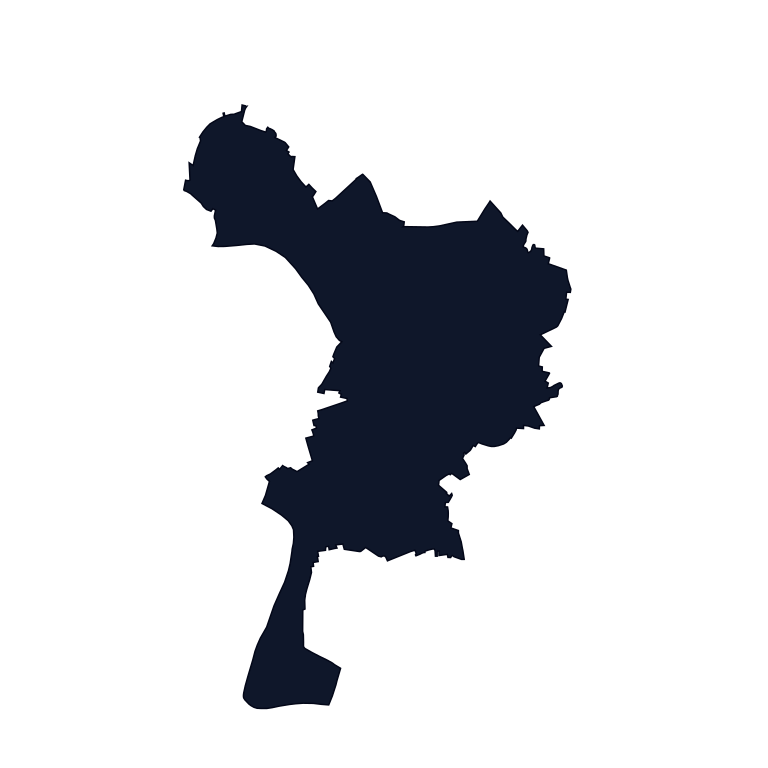 Gia Lam, Ha Noi, Vietnam, rotated 348°
{"feature_id": "81297802B60728672974675", "entity_name": "Gia Lam", "entity_type": "district", "adm_level": 2, "iso_a3": "VNM", "parent_name": "Vietnam", "parent_adm1": "Ha Noi", "projection": "albers", "projection_center": [105.948, 21.024], "detail": "fine", "context": "isolated", "style": "filled", "palette": "ink", "viewbox_px": 768, "rotation_deg": 348, "n_neighbors": 0, "source": "geoboundaries", "source_scale": "gbopen_adm2", "svg_char_len": 6150}
<svg xmlns="http://www.w3.org/2000/svg" viewBox="0 0 768 768"><g transform="rotate(348 384 384)"><path d="M244.7,213.1L250.3,215.0L256.8,216.3L269.2,217.9L278.8,218.9L286.5,220.1L296.3,224.3L306.1,231.8L313.8,239.7L321.5,252.9L325.8,262.6L330.5,271.7L334.1,281.3L336.4,292.0L344.7,312.5L346.0,322.9L347.1,327.9L349.4,332.0L351.5,333.9L345.5,338.0L341.0,344.5L339.7,346.7L341.0,348.8L338.4,352.8L337.2,351.0L334.5,355.6L335.0,356.5L335.3,357.6L333.0,360.7L329.1,364.6L323.5,370.9L322.7,371.6L319.6,373.7L319.0,374.2L317.5,378.2L323.3,380.8L324.9,377.1L339.5,381.4L338.0,383.4L340.1,385.2L338.8,387.8L344.8,390.5L344.6,392.9L337.8,393.8L317.4,396.2L313.6,396.5L313.6,397.5L313.5,399.4L313.1,401.5L313.2,404.3L309.1,404.4L306.8,404.6L306.9,410.1L308.7,410.6L308.8,413.1L303.9,413.9L304.3,415.9L304.5,418.7L304.4,420.3L296.3,420.7L296.8,428.8L298.0,444.2L292.9,445.0L294.0,446.9L281.4,451.4L280.6,451.5L278.3,449.6L277.1,448.7L276.0,447.6L275.3,446.5L271.8,446.7L271.5,445.8L268.8,443.7L267.9,442.7L264.1,445.8L263.1,444.1L260.4,445.5L254.1,448.4L250.1,449.3L248.6,450.1L249.7,452.6L251.7,455.5L244.9,468.3L239.8,475.5L248.4,482.6L256.4,490.8L261.9,497.8L264.4,503.5L265.2,507.7L264.0,515.1L262.2,521.1L259.8,526.5L259.1,528.8L254.9,540.0L251.7,546.8L245.6,557.2L238.0,567.4L230.3,578.1L218.7,597.4L210.2,606.9L205.8,613.0L202.3,618.6L198.3,626.6L190.2,641.5L185.6,650.3L182.6,656.9L181.8,659.2L181.5,660.8L181.5,661.9L182.3,664.1L185.4,669.1L187.1,671.0L189.6,673.2L192.5,674.8L196.7,675.9L202.1,677.0L207.3,677.3L214.7,677.3L225.0,677.8L231.3,678.4L238.5,679.4L248.5,681.7L256.1,684.3L263.2,686.4L268.6,678.4L274.4,668.3L276.3,664.4L282.4,653.1L277.2,648.2L275.6,646.3L271.4,642.6L264.0,636.8L257.9,631.8L251.7,626.3L250.8,624.7L250.8,623.4L251.6,619.8L253.0,612.5L253.0,609.0L257.6,588.1L259.9,587.7L261.5,579.0L262.1,577.3L262.1,577.1L263.0,575.0L263.2,574.0L265.9,568.5L270.7,559.8L273.9,553.2L274.4,547.6L277.2,547.7L277.6,543.8L282.7,544.0L283.0,538.9L284.1,538.9L284.3,533.9L292.2,534.5L293.2,531.1L296.1,531.2L295.9,534.7L301.2,534.6L303.9,534.7L303.3,531.5L303.9,531.4L310.5,532.0L310.8,537.4L325.2,542.8L326.4,542.9L332.1,540.1L342.8,551.2L345.4,552.5L346.6,552.1L347.2,552.0L348.8,552.3L349.8,553.8L350.6,557.7L375.1,553.4L379.6,553.0L380.4,556.4L379.4,557.3L379.3,558.1L379.5,558.7L384.1,557.9L385.7,557.4L387.5,557.1L389.0,557.3L389.2,556.3L389.7,556.0L393.4,555.6L397.1,555.5L398.7,555.7L399.2,557.1L399.3,557.7L398.5,563.1L400.2,563.5L401.3,558.5L403.0,558.7L402.1,563.2L410.5,563.8L410.5,566.9L413.1,567.6L414.2,566.4L415.2,565.9L416.6,567.5L423.4,571.7L426.0,572.2L426.5,563.6L426.5,561.0L426.7,554.5L425.8,545.3L426.3,542.8L419.5,538.7L421.4,534.7L418.8,532.0L418.0,531.0L419.2,527.2L420.0,523.8L420.4,521.4L420.6,517.5L418.0,516.8L419.4,512.7L422.3,513.1L426.5,508.5L427.6,507.0L427.4,505.2L424.4,507.2L422.1,503.6L422.8,503.0L416.3,494.4L417.8,489.8L425.8,486.4L429.1,485.5L429.9,486.5L431.7,485.5L438.7,493.3L448.6,490.2L447.7,484.1L448.3,481.2L447.4,478.5L445.3,473.1L447.6,470.1L447.5,468.2L448.7,467.6L449.5,469.5L454.2,467.0L455.0,466.4L458.4,462.7L460.3,464.2L461.2,463.2L463.3,461.2L464.5,461.0L467.1,462.8L473.2,466.2L476.0,467.4L478.7,468.0L482.9,468.1L488.6,467.5L491.6,466.4L496.8,462.8L497.3,463.4L501.5,459.0L503.6,456.5L504.4,454.7L511.2,456.6L511.9,453.5L516.5,455.1L522.1,458.5L526.6,460.2L527.4,457.1L532.0,457.8L525.8,437.4L527.9,436.8L531.7,436.1L533.8,434.9L538.4,434.3L541.7,434.0L542.7,433.0L543.0,432.0L543.4,431.9L550.1,432.3L551.0,432.0L551.2,431.4L552.1,430.1L552.8,427.3L553.2,426.3L553.9,425.2L555.4,424.5L557.1,424.2L557.6,423.9L558.0,423.0L557.7,421.1L557.5,420.4L556.9,419.7L556.1,419.4L555.0,419.5L549.9,420.8L549.2,421.2L547.0,421.9L545.7,422.1L542.7,421.8L544.9,417.2L542.1,414.7L548.1,408.0L548.1,407.7L547.8,407.4L541.8,404.7L541.5,404.3L541.5,403.7L542.4,400.2L539.3,398.7L539.1,398.5L539.1,398.0L541.1,391.1L541.5,390.0L548.0,382.4L555.6,382.0L547.1,368.4L563.1,364.5L564.6,364.1L566.1,363.2L571.3,356.9L575.2,351.0L576.0,351.3L581.7,339.6L579.5,338.8L581.7,332.2L585.3,333.1L586.5,330.0L586.2,327.9L585.5,320.8L585.5,318.1L586.0,310.5L569.7,300.5L572.1,295.5L572.2,295.0L567.6,292.3L567.2,292.0L567.1,291.6L568.3,285.0L560.4,282.6L560.2,281.8L560.3,279.3L559.9,278.9L559.0,278.7L558.5,279.2L557.9,280.0L557.0,281.5L556.5,283.0L555.7,284.0L555.1,284.6L553.4,285.4L552.5,285.5L552.1,285.3L552.0,282.4L551.6,281.2L550.8,280.3L548.7,278.9L549.2,277.4L549.8,276.6L552.2,274.1L552.5,273.6L553.0,271.7L554.8,267.9L556.4,265.6L555.9,263.8L552.5,257.4L546.5,262.5L545.1,260.7L539.8,252.6L534.9,245.4L533.8,240.9L525.8,227.1L524.6,228.4L519.1,233.7L509.1,244.2L488.8,240.8L471.2,240.9L464.9,240.4L459.7,239.6L438.7,234.8L435.5,234.2L436.0,234.0L437.5,229.6L433.9,227.6L432.9,226.8L429.4,222.7L423.9,218.6L422.4,217.3L418.2,216.2L415.6,199.0L412.5,183.5L407.1,174.9L406.8,174.5L406.6,174.4L401.2,176.7L399.5,177.3L399.5,177.9L375.2,192.3L371.5,194.1L371.3,194.1L367.9,193.0L364.0,195.0L355.4,199.0L352.8,185.7L353.7,185.4L357.4,181.6L354.6,177.5L352.0,173.1L348.6,175.1L344.9,168.8L342.0,162.4L339.7,155.4L339.9,154.7L344.1,143.1L341.1,142.3L340.4,142.7L338.0,139.1L338.1,138.6L339.3,137.4L337.1,135.3L340.1,132.3L337.6,127.5L337.0,126.8L328.5,120.2L328.9,119.7L330.0,119.1L330.2,117.9L330.3,117.0L330.2,116.3L329.2,114.3L329.1,113.6L327.5,112.0L325.4,110.4L325.0,110.3L324.4,109.8L323.7,108.7L322.4,109.8L322.1,110.2L321.9,111.2L321.2,112.5L320.6,113.0L316.1,110.4L306.8,104.3L301.8,102.1L301.7,101.5L299.4,97.9L304.7,87.1L306.0,85.3L307.5,83.9L306.8,83.9L306.6,83.8L306.3,83.1L303.2,81.6L301.2,87.9L295.1,88.7L293.4,89.0L290.3,88.4L284.1,88.9L284.0,85.6L282.9,85.7L282.9,89.2L280.8,89.5L275.9,90.7L268.1,93.3L264.0,96.0L259.3,99.8L254.8,104.3L255.3,104.8L255.1,108.1L253.8,110.0L250.3,115.1L246.9,121.4L242.7,130.6L239.4,127.1L237.4,139.5L236.7,144.0L236.2,144.4L235.3,144.5L233.8,144.1L232.3,143.4L228.5,152.4L228.9,153.3L230.9,154.5L234.4,157.6L235.7,159.5L242.8,169.0L244.2,172.8L246.7,176.4L250.7,179.0L253.1,176.9L255.5,179.1L254.8,180.2L253.0,184.3L252.6,186.4L253.1,188.9L252.7,197.8L252.3,201.7L250.0,206.3L246.6,211.3L244.7,213.1Z" fill="#0f172a" stroke="#020617" stroke-width="1.5"/></g></svg>